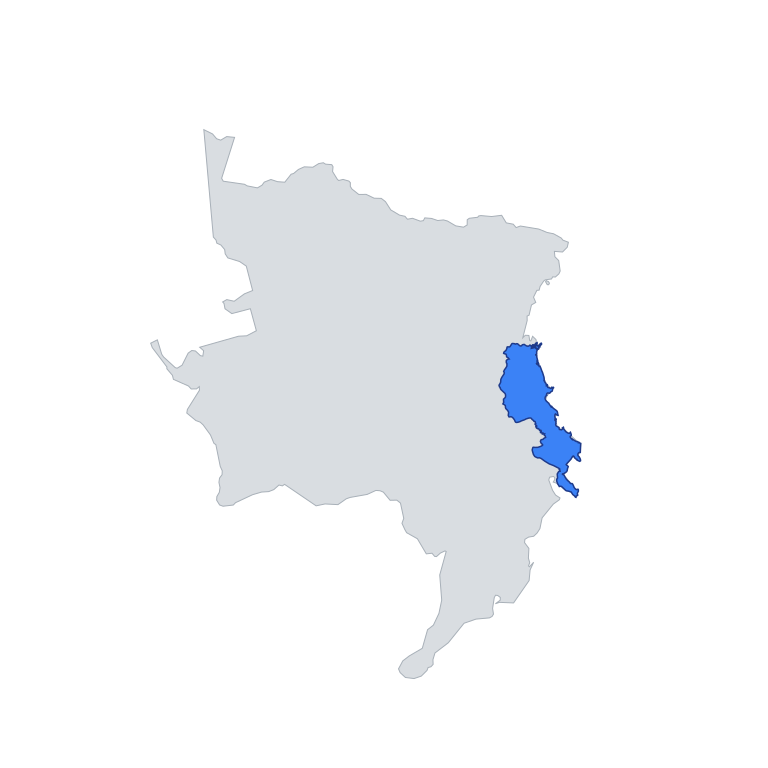 where Chocó sits in Colombia, rotated 165°
{"feature_id": "COL-1415", "entity_name": "Chocó", "entity_type": "Department", "adm_level": 1, "iso_a3": "COL", "parent_name": "Colombia", "parent_adm1": "", "projection": "albers", "projection_center": [-77.125, 6.337], "detail": "fine", "context": "in_parent", "style": "filled", "palette": "blue", "viewbox_px": 768, "rotation_deg": 165, "n_neighbors": 0, "source": "natural_earth", "source_scale": "10m", "svg_char_len": 9758}
<svg xmlns="http://www.w3.org/2000/svg" viewBox="0 0 768 768"><g transform="rotate(165 384 384)"><path d="M437.5,111.7L430.0,114.8L415.4,118.8L405.5,135.4L398.7,138.3L390.3,148.2L384.2,160.3L379.6,185.1L367.3,206.1L368.3,207.0L373.3,206.1L378.0,203.7L379.7,204.4L381.4,208.1L387.1,209.0L391.8,225.9L400.6,234.5L401.5,237.8L402.7,244.8L399.7,249.1L398.9,264.7L401.7,268.5L408.2,270.1L412.6,279.7L415.4,281.9L419.4,283.3L428.8,281.7L446.1,283.2L450.1,282.9L459.7,279.4L472.0,283.4L481.1,283.9L506.0,312.8L508.5,311.9L511.6,313.6L517.8,310.5L523.2,309.9L530.2,311.3L539.5,311.1L558.1,307.8L560.9,306.1L571.1,307.6L574.1,309.7L575.7,315.1L574.6,318.5L571.1,322.0L569.2,326.4L568.9,331.7L567.2,335.7L563.9,338.3L562.7,342.0L563.5,346.8L562.1,368.9L563.6,370.7L564.8,379.7L569.3,391.4L571.5,394.8L575.2,397.4L582.0,407.0L580.5,410.3L563.9,425.7L563.1,429.3L566.3,427.8L571.5,429.1L573.4,432.7L586.2,443.0L586.1,447.1L589.8,454.9L589.3,456.7L598.4,479.1L598.8,483.8L591.5,485.3L591.0,470.2L589.9,467.1L581.4,453.8L579.7,452.8L574.2,454.4L565.2,464.5L561.0,466.1L557.6,464.7L554.0,458.9L551.8,457.8L549.6,462.8L552.5,467.2L512.1,467.8L504.2,466.1L493.5,468.5L493.6,491.3L512.8,491.4L518.1,497.8L517.7,503.2L518.6,505.0L514.0,506.2L507.3,502.7L495.5,507.2L486.7,508.3L486.5,533.5L491.8,539.7L502.2,546.2L503.7,550.8L503.1,555.1L505.6,560.5L509.0,563.3L509.0,566.5L510.8,570.1L492.2,676.3L484.9,669.9L482.2,664.2L478.6,661.8L471.9,663.7L464.5,660.9L487.6,624.7L486.8,621.5L467.0,613.0L464.9,610.8L455.5,606.2L450.4,607.6L447.4,610.0L440.3,610.8L434.5,607.0L427.6,604.6L419.4,610.7L416.9,610.7L411.1,613.4L404.8,614.4L396.6,611.8L390.0,613.8L385.3,613.4L383.6,611.5L377.7,609.4L377.0,607.0L378.7,602.5L376.1,593.8L375.1,592.3L370.6,592.2L365.4,589.1L364.4,587.2L365.4,583.6L364.5,580.6L359.3,573.6L352.2,571.8L345.4,566.0L338.6,564.0L335.4,559.8L332.4,550.4L325.3,543.1L320.4,540.6L318.7,537.1L313.6,536.7L306.8,531.9L303.7,531.6L301.6,533.9L295.2,531.6L289.8,528.0L284.1,527.1L280.5,525.0L273.8,518.2L266.6,514.9L262.5,516.1L261.1,521.1L258.7,522.0L250.4,520.8L249.0,521.8L246.8,521.6L236.7,517.9L226.7,516.5L224.2,508.0L217.8,504.9L215.9,500.9L211.4,501.3L194.4,493.6L187.3,488.2L181.3,485.2L175.0,479.1L174.0,476.7L169.2,473.2L171.6,468.7L177.4,465.3L185.1,468.0L186.0,462.7L183.3,458.0L184.6,447.5L186.6,445.1L190.8,443.0L193.4,443.8L195.0,442.1L201.2,442.9L203.1,442.1L207.9,437.9L209.9,434.5L212.1,434.9L217.1,429.2L216.3,423.5L221.1,422.2L226.1,412.9L228.2,412.6L229.3,408.2L238.0,392.7L234.9,394.5L231.5,393.4L232.0,388.2L231.0,387.6L228.1,391.6L225.7,387.6L226.4,381.0L222.4,382.2L222.6,380.6L228.3,375.6L230.7,364.2L228.8,360.1L227.6,343.0L226.6,339.8L222.0,335.5L229.4,330.6L232.0,326.9L228.7,319.3L224.3,312.9L224.2,309.1L226.8,309.5L227.8,298.9L225.4,294.8L222.3,294.7L212.6,279.1L209.2,275.8L211.8,268.3L214.7,265.0L214.1,259.3L216.0,259.5L220.2,264.8L221.9,264.0L228.5,259.0L228.6,254.4L233.9,249.6L226.5,233.6L224.0,231.1L227.0,225.9L228.7,226.2L231.6,231.3L236.2,234.5L243.0,243.5L245.9,245.5L243.8,247.5L243.3,249.6L244.3,250.8L248.2,251.1L249.7,248.6L248.7,237.7L247.0,232.3L243.5,228.4L244.6,226.8L251.5,224.2L265.9,213.8L270.8,204.0L274.6,200.5L278.8,198.2L284.0,198.7L288.1,197.5L289.3,194.4L286.6,187.7L289.6,178.4L289.5,173.7L291.5,170.9L290.8,169.8L285.6,173.1L291.0,166.6L294.7,156.6L315.5,139.0L329.0,143.2L333.3,142.9L327.7,145.1L326.9,147.7L328.9,150.3L330.9,151.1L332.7,149.3L337.2,139.1L337.8,133.4L339.8,131.5L342.7,130.8L356.0,133.1L368.6,132.2L388.9,117.4L404.4,111.0L408.1,105.0L409.1,100.5L411.9,98.7L414.8,98.7L416.6,96.2L423.6,92.2L431.2,91.7L439.3,95.0L443.1,101.0L443.7,105.1L437.5,111.7ZM201.5,441.0L200.5,441.8L198.7,440.4L198.1,438.6L199.2,437.3L200.6,437.7L201.5,441.0Z" fill="#d9dde1" stroke="#a8b0b8" stroke-width="1"/><path d="M224.0,230.1L225.3,228.7L225.7,227.8L225.6,226.5L226.1,226.2L227.3,226.0L227.6,225.7L227.7,225.1L227.9,224.8L228.4,225.1L228.8,226.4L230.3,228.4L231.1,231.2L233.4,232.7L235.2,233.5L235.7,233.8L236.1,234.3L238.9,238.9L239.6,239.5L241.2,239.6L241.7,241.4L242.1,242.7L242.3,245.6L242.1,246.4L241.9,246.7L241.8,247.4L241.1,247.8L240.8,248.1L240.6,248.7L240.0,252.2L238.3,253.9L237.5,254.4L236.5,254.2L236.5,255.7L236.8,256.1L236.6,256.2L236.3,256.4L236.9,257.3L241.4,261.4L245.0,264.0L248.7,267.9L251.5,271.4L253.1,272.6L254.3,272.7L254.8,272.9L256.7,274.5L257.2,275.1L257.9,277.3L258.0,281.3L257.8,282.3L256.6,284.2L255.8,284.2L254.7,283.7L251.8,283.0L248.8,283.2L247.1,283.6L246.6,283.9L246.5,284.4L246.8,285.1L247.3,285.5L247.6,286.5L247.8,287.8L247.7,288.3L247.3,288.8L246.8,289.4L246.5,289.5L244.8,289.4L243.7,290.1L241.7,290.6L241.8,292.3L241.9,292.7L242.4,293.0L242.5,293.4L241.8,294.3L242.7,294.4L242.9,295.3L243.1,295.5L243.5,295.5L243.4,295.3L244.0,294.7L244.2,294.9L244.0,295.9L244.2,296.3L245.2,296.4L245.4,296.6L245.3,297.1L244.7,297.0L244.4,297.5L244.3,298.2L244.5,298.7L244.9,298.4L245.4,298.7L245.7,299.0L245.9,299.5L245.9,300.1L246.8,301.2L247.3,301.1L248.1,302.1L248.2,302.4L247.6,303.3L247.7,303.6L248.3,303.7L248.1,304.1L247.5,304.2L248.1,305.2L248.2,305.6L247.8,306.2L248.3,306.4L248.0,306.7L247.8,307.3L247.7,308.0L247.8,308.6L248.0,308.8L248.8,309.1L249.0,310.0L249.9,311.1L250.3,311.7L250.4,312.4L250.8,312.9L251.2,313.2L252.2,313.5L253.0,313.6L255.8,313.5L257.4,313.1L261.0,312.8L262.1,312.5L263.5,312.4L264.8,312.4L266.1,312.6L266.7,313.0L267.0,313.6L267.3,315.7L268.2,317.9L269.2,319.2L270.0,319.6L271.0,319.6L271.9,320.0L272.1,321.6L271.1,324.0L271.0,324.9L271.5,326.6L272.7,328.7L272.8,329.6L272.4,331.7L272.9,332.6L274.3,334.0L273.0,335.5L273.0,336.4L272.5,338.4L270.7,339.4L270.0,340.0L269.4,342.0L269.5,343.5L272.4,348.2L272.8,349.5L272.7,350.5L273.2,351.4L273.2,353.1L271.8,354.4L270.9,355.5L269.9,358.3L268.5,359.9L265.4,362.7L264.9,363.7L264.9,364.1L265.2,365.0L264.7,365.7L263.7,366.8L262.7,367.5L260.9,369.2L260.6,369.7L260.1,371.5L260.0,372.0L260.3,372.6L260.3,373.2L259.9,374.8L259.4,375.3L258.9,375.5L257.5,375.9L256.7,375.8L257.3,377.2L258.5,378.4L258.5,378.7L258.3,380.4L258.5,381.3L259.9,382.1L260.5,382.6L260.3,383.0L260.2,383.3L259.3,384.2L258.4,384.4L257.6,384.8L256.7,385.8L255.9,386.9L255.7,387.7L255.0,387.9L253.3,387.4L252.9,387.4L252.5,387.6L250.2,389.7L249.8,389.9L249.1,389.8L247.6,389.2L247.2,389.0L247.0,388.6L246.5,388.5L245.4,388.6L244.5,388.2L243.1,386.0L242.3,385.4L241.2,385.3L240.7,385.8L240.1,386.1L238.4,386.0L236.4,383.8L235.9,383.7L235.3,383.2L234.6,383.2L233.8,383.4L233.2,383.8L232.6,383.6L232.1,383.0L232.1,381.7L231.8,381.2L232.4,380.3L228.9,380.2L228.4,379.6L227.1,377.4L228.1,376.0L228.3,375.5L228.6,374.0L229.0,373.4L229.8,373.1L229.8,372.8L229.0,373.1L229.1,372.1L229.5,370.4L229.5,365.6L229.8,366.2L230.2,366.6L230.5,365.6L230.4,365.1L229.5,364.7L229.3,363.2L230.1,363.3L230.7,363.7L231.5,364.9L231.3,363.7L229.8,361.9L229.5,360.8L228.8,361.0L228.5,359.6L228.1,355.1L227.9,354.5L227.7,349.2L228.1,346.8L228.6,345.8L228.1,345.5L228.1,344.0L228.0,343.6L227.6,343.3L227.5,342.6L227.4,341.2L226.9,341.4L226.5,341.2L226.4,340.8L226.4,340.2L226.7,340.2L226.9,340.5L227.4,340.2L227.0,340.0L226.9,339.7L226.6,338.3L226.4,338.1L225.5,337.8L224.5,336.8L224.0,336.6L223.2,336.7L222.9,337.0L222.8,337.3L222.4,337.0L221.4,337.1L221.1,336.7L221.2,336.4L221.5,336.2L222.0,336.1L222.3,335.7L223.1,334.0L223.5,333.5L225.0,333.2L226.0,332.4L226.5,332.3L228.3,333.0L229.1,332.7L229.3,332.5L229.6,331.8L229.6,331.1L230.2,331.1L230.4,330.6L231.6,329.7L232.1,328.6L232.2,328.2L232.1,326.7L231.6,325.4L230.1,323.1L229.8,322.8L229.7,322.1L228.4,318.3L228.1,318.3L228.1,319.2L227.9,319.2L227.3,317.7L226.4,316.3L224.3,313.7L223.9,313.0L223.8,312.5L223.8,311.1L224.1,309.3L223.8,308.8L224.0,308.6L225.4,309.7L226.2,310.7L226.5,310.5L226.9,309.9L227.4,308.6L227.5,307.9L227.5,306.8L227.4,306.4L226.7,305.5L226.8,305.2L227.6,304.9L227.7,305.1L228.1,305.4L228.3,304.9L228.1,304.4L227.8,304.0L227.4,303.7L227.9,302.6L228.1,302.0L228.1,301.3L228.6,300.8L228.7,300.0L228.6,299.2L228.4,298.7L227.2,297.7L226.6,297.0L226.2,296.7L226.4,295.2L226.3,294.7L224.5,293.8L223.7,294.0L223.0,294.5L222.6,295.0L222.9,295.5L221.9,295.8L221.9,294.9L222.1,294.1L220.7,290.9L220.0,290.0L219.0,289.0L218.5,288.7L217.5,288.4L217.2,288.2L216.8,288.3L216.7,289.1L216.4,289.2L216.2,286.8L216.5,285.8L217.5,285.4L217.9,284.7L217.5,283.4L216.4,281.3L216.1,281.3L216.6,282.0L216.4,282.2L215.8,281.4L213.2,278.7L211.9,278.2L211.4,277.3L210.9,277.1L211.1,276.9L210.7,276.8L210.3,276.5L209.7,275.7L209.4,275.6L212.1,267.1L212.9,267.3L213.7,267.2L214.3,266.8L214.9,266.1L215.2,265.2L215.1,264.5L214.3,262.9L214.0,261.8L213.8,260.3L214.0,259.0L214.9,258.6L217.0,260.3L217.3,260.6L217.1,261.2L217.6,261.4L218.9,263.2L219.3,265.0L219.7,265.4L220.5,265.3L221.3,264.6L222.9,263.0L227.8,259.9L228.9,259.0L228.6,258.3L227.9,257.6L227.4,256.6L227.6,256.2L228.6,254.9L229.5,252.9L230.2,252.1L231.3,251.6L232.5,251.2L233.5,250.9L234.8,251.0L235.0,250.8L234.7,250.3L233.7,249.3L233.5,248.8L233.4,247.9L232.6,245.2L231.6,243.2L230.4,241.4L229.7,239.8L229.4,239.5L228.0,239.1L227.7,238.5L227.4,237.2L227.1,234.8L226.6,233.6L226.0,232.6L225.6,232.3L225.0,232.1L224.0,232.2L223.7,232.0L223.7,231.2L224.0,230.1ZM228.3,380.3L229.1,380.7L230.5,380.4L231.2,380.6L230.5,381.6L230.1,382.0L229.6,381.8L229.0,381.1L228.2,381.4L227.3,381.5L225.5,381.5L224.4,381.3L223.8,381.4L223.0,382.3L221.6,382.8L221.4,382.5L221.4,382.0L221.6,381.5L222.4,381.2L223.2,380.5L223.6,380.3L225.4,380.6L225.3,380.3L224.5,379.6L225.7,379.6L224.9,379.4L224.9,379.1L226.2,378.4L225.4,378.1L225.7,377.7L226.6,378.1L227.2,378.6L228.3,380.3ZM225.4,384.3L225.5,383.7L225.7,383.3L226.1,383.0L227.5,382.9L227.7,382.1L228.1,381.9L228.5,381.8L228.9,381.9L229.5,382.6L230.7,382.2L230.8,382.9L230.2,383.4L229.8,383.4L229.2,382.9L228.9,382.8L228.4,382.8L226.9,384.1L225.4,384.3Z" fill="#3b82f6" stroke="#1e3a8a" stroke-width="1.5"/></g></svg>